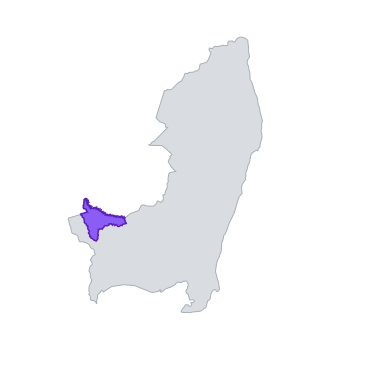 Mariscal Ramon Castilla, Loreto, Peru (highlighted), rotated 224°
{"feature_id": "86281439B43857057528938", "entity_name": "Mariscal Ramon Castilla", "entity_type": "district", "adm_level": 2, "iso_a3": "PER", "parent_name": "Peru", "parent_adm1": "Loreto", "projection": "robinson", "projection_center": [-71.702, -3.973], "detail": "fine", "context": "in_parent", "style": "filled", "palette": "violet", "viewbox_px": 384, "rotation_deg": 224, "n_neighbors": 0, "source": "geoboundaries", "source_scale": "gbopen_adm2", "svg_char_len": 9047}
<svg xmlns="http://www.w3.org/2000/svg" viewBox="0 0 384 384"><g transform="rotate(224 192 192)"><path d="M264.1,111.9L264.0,112.9L262.8,113.4L261.7,112.7L260.2,112.9L257.8,110.5L252.2,110.9L249.7,113.7L246.0,114.3L241.9,115.7L237.3,116.2L230.0,120.8L228.4,122.6L225.1,125.3L222.4,126.2L221.1,134.5L218.5,139.3L217.5,142.0L218.9,145.9L218.9,147.9L217.4,149.5L216.2,149.7L213.7,151.4L210.0,155.0L209.4,157.8L210.6,161.5L210.2,162.0L207.1,162.7L207.2,164.7L206.6,165.5L209.1,168.5L210.6,169.2L210.7,169.9L210.4,170.7L209.8,171.0L209.8,171.7L211.7,173.9L213.0,178.3L215.7,180.5L215.8,181.9L216.5,183.3L218.0,184.3L221.2,188.8L221.3,190.8L217.9,195.5L223.5,195.5L229.7,197.1L230.6,197.9L231.3,200.0L231.4,201.4L232.6,202.5L232.5,205.1L240.6,205.1L245.9,204.5L254.4,196.6L255.8,195.9L255.1,197.7L255.0,198.9L255.4,200.3L254.4,202.2L254.3,221.4L255.9,220.3L257.9,222.1L259.3,222.2L264.0,220.1L269.5,220.4L282.1,245.5L281.0,247.2L281.0,248.5L279.5,249.6L277.9,251.6L277.8,261.5L276.5,264.6L277.2,266.1L277.9,269.3L279.1,271.2L279.4,272.4L279.2,272.9L277.5,274.0L277.3,275.8L274.2,279.3L273.6,281.7L272.4,282.5L272.2,285.2L275.0,289.7L273.2,292.3L271.5,296.2L274.4,304.4L275.5,305.6L276.8,305.5L278.6,306.2L279.6,307.5L277.3,309.0L276.9,309.7L277.1,312.4L274.6,314.4L271.2,319.6L270.3,319.9L268.6,321.4L268.3,322.2L268.5,322.9L270.0,324.4L270.2,326.3L267.7,328.7L266.0,328.9L265.3,329.5L266.0,332.7L266.0,334.2L265.5,335.8L264.3,337.7L260.7,339.6L257.4,339.9L251.7,335.2L250.0,333.2L244.4,329.2L243.6,325.0L241.7,322.9L238.3,321.4L235.6,319.2L233.5,318.2L228.5,313.4L223.9,311.9L215.4,306.9L210.7,305.3L204.8,300.6L201.6,299.3L199.0,297.1L191.3,292.5L190.0,291.0L188.8,288.7L187.1,287.4L185.1,284.2L182.3,282.4L179.5,279.9L176.0,273.3L174.4,271.8L174.3,268.8L173.2,267.5L174.8,266.5L175.9,261.8L175.3,259.5L171.3,253.3L170.6,250.7L167.7,245.9L166.6,243.0L164.3,240.9L163.3,239.1L162.0,238.3L161.9,236.1L161.0,231.9L159.7,229.8L155.1,225.8L154.7,221.5L153.6,218.6L147.2,206.5L143.4,194.9L140.3,188.4L139.0,184.7L138.9,182.7L136.6,179.2L135.3,176.1L130.1,170.1L127.0,163.3L126.6,161.3L124.6,157.6L121.2,152.8L119.6,150.9L109.5,144.9L104.8,141.3L104.3,139.5L104.5,138.4L105.5,137.4L106.9,138.1L107.8,137.8L108.5,136.5L108.5,134.5L107.6,131.9L104.4,126.9L105.2,124.7L101.9,118.9L102.7,113.3L103.4,111.8L108.2,106.1L109.6,103.7L111.7,102.2L113.8,99.9L116.3,98.2L117.1,98.8L117.8,101.8L117.7,103.8L118.4,106.1L116.6,108.1L114.7,107.7L114.0,108.2L113.7,109.2L114.0,110.7L114.5,111.4L115.9,111.4L114.0,114.4L114.2,115.0L115.5,115.6L116.8,114.8L118.2,113.1L119.0,112.8L123.9,115.8L126.1,115.4L127.9,116.8L128.1,118.9L130.5,123.1L134.2,124.1L134.8,123.7L135.6,122.2L136.4,121.9L136.6,119.6L139.7,117.2L140.2,115.5L139.7,114.3L139.8,113.3L141.6,107.9L142.2,107.3L142.8,105.5L143.5,104.5L144.6,98.3L145.4,98.3L146.3,99.8L147.2,99.4L146.7,98.0L146.9,97.6L150.3,92.7L151.5,91.6L168.3,84.8L176.7,77.9L184.1,68.2L186.4,58.4L187.3,59.0L188.7,58.8L188.2,54.8L188.5,53.0L188.5,52.4L186.2,50.0L185.2,47.4L183.2,46.0L183.3,45.4L185.4,46.0L187.4,45.7L189.0,44.1L190.2,44.2L193.0,46.5L195.1,46.6L195.7,48.2L197.7,49.4L200.5,52.8L201.8,56.5L201.7,57.2L203.0,59.1L205.7,60.0L208.5,62.8L211.3,63.6L212.6,66.1L213.3,66.8L213.7,68.2L213.3,69.9L213.7,70.8L215.8,72.2L217.6,72.3L218.0,73.0L219.0,77.0L218.3,79.1L218.6,80.2L220.9,81.2L221.6,82.1L223.5,82.3L226.1,81.4L229.4,82.7L231.9,82.2L233.1,81.9L234.3,81.0L235.3,81.0L237.9,78.4L238.6,78.2L241.3,79.4L243.7,81.1L246.5,80.8L247.7,79.7L249.8,79.1L253.5,81.3L254.3,82.3L255.4,82.5L259.4,84.7L260.1,85.5L262.2,86.4L262.7,87.1L262.5,87.9L253.1,104.5L256.0,105.9L258.7,105.1L260.2,106.2L261.2,108.9L263.3,110.7L264.1,111.9Z" fill="#d9dde1" stroke="#a8b0b8" stroke-width="1"/><path d="M256.8,98.8L256.0,98.3L255.2,98.7L254.6,98.6L254.2,98.5L253.9,97.9L253.7,97.8L252.2,98.0L251.2,97.6L250.1,97.0L249.8,96.7L249.6,96.4L249.2,96.1L248.6,95.9L248.3,95.3L247.1,95.3L245.9,95.5L245.8,95.3L245.4,95.1L245.1,95.1L244.9,94.8L244.3,94.7L244.0,94.8L243.9,95.0L243.1,95.1L243.0,94.6L242.5,94.3L242.0,93.5L241.3,93.3L240.8,93.0L240.3,92.9L239.9,92.6L239.1,92.6L238.5,92.4L238.1,91.7L238.1,90.8L237.9,90.5L237.7,90.4L237.2,90.5L236.7,90.3L236.0,90.2L235.3,89.9L235.0,89.7L234.6,88.9L234.0,89.3L233.7,89.3L233.4,89.2L232.8,88.8L232.5,88.7L231.5,89.3L230.7,89.2L229.9,89.3L229.5,89.6L228.9,89.3L227.5,90.0L226.9,90.1L226.9,91.1L227.2,92.0L227.2,93.0L227.9,93.3L228.2,93.5L228.3,93.9L228.6,94.0L228.9,94.7L229.1,94.8L229.2,95.1L229.1,95.4L229.3,95.7L229.9,95.9L230.2,96.5L230.9,96.6L231.1,97.3L232.2,98.4L232.2,99.0L232.3,99.2L233.4,100.0L232.9,100.4L232.8,100.8L232.8,101.2L232.6,101.7L231.9,102.0L231.1,102.9L230.7,103.0L230.9,103.7L231.1,103.9L231.0,105.4L231.4,106.8L231.4,107.1L230.7,108.0L230.1,108.2L230.0,108.4L229.4,109.0L229.2,109.6L229.0,110.0L228.8,110.8L228.9,111.0L229.5,111.4L228.2,112.8L228.0,113.2L227.4,112.8L226.8,113.0L226.1,113.0L226.5,113.8L226.0,114.5L225.5,114.5L224.3,114.2L224.1,115.3L223.8,116.0L223.3,116.1L222.8,115.9L222.5,115.9L222.1,115.6L221.7,115.6L220.6,116.4L220.3,117.0L220.3,118.3L219.9,118.9L219.0,119.3L219.3,120.8L217.4,123.7L218.4,124.2L219.4,124.2L220.0,124.8L220.8,125.2L221.0,125.1L221.6,125.8L222.0,126.2L222.5,126.2L223.0,126.4L222.9,126.6L223.2,126.5L223.3,126.6L223.3,126.4L223.4,126.5L223.5,126.4L223.4,125.9L223.6,126.0L223.8,125.9L223.9,126.1L224.0,125.9L223.9,125.7L224.1,125.8L224.3,125.5L224.5,125.7L224.5,125.4L224.5,125.2L224.9,125.2L225.0,125.0L225.5,125.0L225.7,125.3L225.9,125.0L226.1,125.0L226.1,124.8L226.2,125.1L226.3,124.8L226.4,124.7L226.5,124.2L226.4,124.1L226.5,124.1L226.6,123.9L226.7,124.2L226.7,123.9L227.0,124.0L227.2,123.5L227.4,123.5L227.5,123.5L227.6,123.1L227.9,123.2L227.8,123.3L228.0,123.4L228.1,123.1L228.1,123.4L228.3,123.0L228.5,123.0L228.6,122.9L228.5,122.7L228.4,122.7L228.6,122.5L228.9,122.8L229.0,122.6L229.0,122.2L229.3,122.4L229.4,122.2L229.6,122.2L229.6,121.9L229.7,121.6L229.8,121.5L229.7,121.4L229.9,121.4L229.8,121.1L230.1,121.1L230.2,120.9L230.2,121.1L230.4,121.0L230.5,120.8L230.4,120.7L230.6,120.6L230.6,120.8L230.8,120.6L231.0,120.7L231.1,120.8L231.2,121.0L231.3,120.8L231.3,120.7L231.4,120.4L231.6,120.7L232.0,120.5L232.0,120.3L231.9,120.3L232.1,120.1L232.3,120.4L232.4,120.2L232.6,119.9L232.8,119.9L233.0,119.8L233.1,119.6L233.2,119.9L233.3,119.9L233.3,119.6L233.6,119.5L233.8,119.1L234.0,119.1L233.9,118.9L234.0,118.8L234.1,119.0L234.2,118.9L234.1,118.7L234.4,118.6L234.5,118.5L234.5,118.1L234.8,118.3L235.0,118.5L235.0,118.2L235.3,118.2L235.1,117.9L235.3,117.8L235.8,117.9L235.8,117.7L235.8,117.4L236.0,117.4L236.0,117.1L236.1,116.9L236.2,116.6L236.7,116.7L236.4,116.4L236.7,116.5L236.8,116.4L237.0,116.6L237.1,116.3L237.4,116.2L237.5,116.4L237.5,116.1L237.8,116.2L238.0,115.9L238.0,116.1L238.1,115.9L238.3,116.0L238.6,116.0L238.6,115.6L238.8,116.1L239.2,116.3L239.5,116.1L239.9,116.2L240.0,115.9L239.9,115.7L240.0,115.7L240.1,115.8L240.1,116.2L240.4,116.0L240.4,115.8L240.5,115.6L240.6,115.9L240.3,116.3L240.5,116.6L241.2,116.2L241.5,115.9L241.4,115.8L241.7,115.8L241.7,115.5L241.9,115.5L242.0,115.7L242.3,115.9L242.3,115.7L242.1,115.5L242.1,115.1L242.4,115.4L242.5,115.1L242.9,115.0L242.9,115.3L243.1,115.3L243.1,115.0L243.3,115.1L243.2,115.3L243.2,115.6L243.1,115.8L243.7,115.0L243.9,114.9L244.2,115.1L244.4,114.9L244.5,115.2L244.8,115.2L244.9,115.5L245.0,115.2L244.8,114.8L245.0,114.8L245.2,115.2L245.4,115.1L245.6,114.9L245.5,114.7L245.6,114.4L245.3,114.5L245.5,114.3L245.8,114.4L246.0,114.3L246.1,114.6L246.2,114.2L246.4,114.2L246.5,114.3L246.4,114.5L246.6,114.9L246.7,114.4L247.1,114.4L247.1,114.6L247.2,114.2L247.5,114.3L247.7,114.7L247.8,114.5L247.8,114.2L248.0,114.1L248.2,114.4L248.5,114.3L248.6,114.0L248.7,114.5L249.1,114.2L249.4,114.3L249.5,114.1L249.4,113.6L249.7,113.8L249.8,114.2L250.1,114.1L250.2,114.3L250.3,113.8L250.5,113.9L250.7,113.3L251.1,113.3L251.1,112.8L251.5,112.6L251.3,112.1L251.7,112.2L251.9,111.8L251.8,111.6L251.5,111.8L251.6,111.6L251.8,111.5L252.2,111.0L252.4,111.1L252.8,110.6L253.3,111.1L253.7,111.1L253.8,111.4L254.1,110.8L254.0,110.4L254.3,110.7L254.4,110.1L254.8,110.1L254.5,110.9L254.7,111.2L255.5,110.9L255.4,111.5L255.7,111.3L255.6,110.7L255.9,110.6L255.7,110.3L255.9,110.4L256.1,110.3L256.3,110.5L256.4,110.8L256.2,111.1L256.4,111.3L256.6,111.2L256.7,110.7L256.9,110.9L257.1,110.6L257.4,110.7L257.3,110.3L257.4,110.2L258.2,110.2L258.8,111.0L258.9,110.8L258.9,110.4L259.0,110.4L259.5,110.8L259.6,111.8L259.2,112.1L259.5,112.5L259.4,112.7L260.0,112.5L259.8,112.8L259.8,113.0L260.4,113.2L260.5,112.9L260.7,113.8L260.9,113.9L261.1,113.5L261.4,113.4L261.1,113.0L261.3,112.5L261.5,112.5L261.9,112.7L262.0,112.5L261.9,112.3L262.1,112.2L262.2,112.7L263.0,112.8L262.9,113.0L262.5,113.0L263.0,113.4L263.0,113.7L262.8,114.0L263.0,114.1L263.4,113.7L263.9,113.6L264.2,112.9L264.3,112.6L264.3,111.5L263.1,110.2L262.7,109.4L261.9,108.9L261.4,108.2L261.1,107.6L260.9,106.7L260.0,106.2L259.6,105.4L259.4,105.2L258.5,104.8L258.1,105.3L257.7,105.2L257.2,105.7L256.3,106.0L255.9,105.8L255.3,105.3L254.8,105.5L254.6,105.3L254.3,105.3L253.8,104.7L253.4,104.8L256.8,98.8Z" fill="#8b5cf6" stroke="#5b21b6" stroke-width="1.5"/></g></svg>